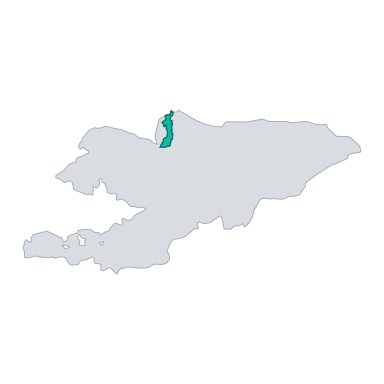 Jayyl, Chuy, Kyrgyzstan shown in context
{"feature_id": "92254566B24091049368111", "entity_name": "Jayyl", "entity_type": "district", "adm_level": 2, "iso_a3": "KGZ", "parent_name": "Kyrgyzstan", "parent_adm1": "Chuy", "projection": "orthographic", "projection_center": [73.886, 42.775], "detail": "fine", "context": "in_parent", "style": "filled", "palette": "teal", "viewbox_px": 384, "rotation_deg": 0, "n_neighbors": 0, "source": "geoboundaries", "source_scale": "gbopen_adm2", "svg_char_len": 6712}
<svg xmlns="http://www.w3.org/2000/svg" viewBox="0 0 384 384"><path d="M77.7,230.9L78.8,230.2L82.0,229.7L88.6,229.3L90.8,229.8L95.2,232.6L98.6,232.4L99.3,232.8L100.5,235.1L105.3,231.9L108.8,231.0L110.6,227.6L114.4,223.7L117.6,223.2L117.6,223.8L118.2,224.4L121.4,225.4L122.4,224.4L122.9,222.9L121.8,220.6L121.8,219.6L122.9,218.2L128.0,220.5L129.1,220.5L131.5,219.3L133.6,217.1L134.4,215.5L145.0,210.0L145.7,209.0L145.6,208.3L141.2,207.0L139.2,207.7L137.4,207.7L136.3,206.8L131.0,206.5L129.8,205.9L126.4,201.8L122.0,199.2L119.9,199.3L117.4,200.3L116.6,199.8L116.5,196.1L116.0,193.8L114.5,193.3L112.6,194.1L107.3,192.8L106.7,188.0L104.8,183.8L102.1,182.1L102.0,179.6L101.1,178.5L100.2,178.7L99.1,180.0L99.6,182.8L99.1,185.5L98.4,186.9L97.2,187.9L95.8,187.9L93.4,186.4L92.8,194.8L92.3,195.3L89.4,194.0L87.1,194.4L83.7,193.8L81.1,192.3L76.1,190.6L73.8,189.0L72.5,183.3L71.2,181.2L69.9,180.8L64.5,182.5L59.1,178.8L56.4,178.0L55.7,176.9L55.9,175.7L64.5,169.8L67.9,165.6L70.1,163.8L75.4,162.1L76.7,158.2L77.1,157.8L82.5,156.0L88.5,152.8L88.7,151.8L88.1,151.0L82.9,147.6L80.2,149.0L78.6,147.1L78.7,145.2L80.6,142.0L82.1,140.5L82.8,137.4L85.0,135.4L87.4,132.1L90.1,129.5L95.1,127.7L97.9,128.4L100.5,128.0L104.5,126.5L107.0,126.4L117.2,129.1L120.6,129.3L128.6,132.7L134.8,134.4L137.9,137.6L147.9,139.1L150.7,140.1L151.7,141.6L154.6,143.5L157.0,144.0L154.9,136.4L155.8,132.0L159.0,119.8L160.7,117.9L168.8,114.5L170.7,112.0L176.6,112.0L177.8,111.5L178.4,110.1L196.6,120.6L203.5,123.6L213.1,126.2L221.2,126.9L222.5,126.2L225.6,122.0L227.2,121.8L247.1,122.0L261.3,119.3L263.4,119.3L268.8,121.5L285.7,121.5L292.4,122.7L302.9,121.6L307.3,121.6L315.4,124.2L318.3,124.6L323.5,124.8L325.4,124.2L326.6,124.8L328.0,128.5L333.2,133.0L335.2,135.5L337.1,136.4L346.6,136.6L350.2,137.3L359.5,145.8L361.0,151.0L360.1,152.2L351.0,153.6L348.9,154.5L347.0,158.6L334.8,164.2L333.0,164.3L316.8,174.3L305.7,182.7L305.3,186.4L298.9,195.1L293.9,196.3L289.5,196.4L282.5,199.2L273.3,198.7L270.2,199.0L264.1,198.1L261.7,198.8L259.2,200.6L255.9,207.4L254.5,209.0L253.9,210.5L253.4,213.8L252.2,217.3L249.3,222.6L246.8,225.1L244.4,226.7L242.4,223.6L239.3,225.9L236.4,225.5L234.6,226.2L230.6,229.1L224.5,229.1L223.8,228.2L222.5,220.6L221.4,217.0L220.5,216.2L219.4,216.1L210.8,222.3L206.8,223.4L203.5,223.6L199.2,221.9L198.3,222.3L197.5,223.3L197.2,224.6L198.5,228.0L198.2,228.6L196.2,228.6L193.5,229.4L185.2,236.5L180.0,238.4L175.0,239.1L172.1,240.4L170.5,243.0L167.2,250.3L167.4,251.8L168.7,253.8L169.7,258.2L169.5,259.3L166.8,263.0L163.5,264.1L160.8,264.6L155.8,264.1L153.1,264.8L148.3,267.6L144.3,268.0L136.9,268.0L129.6,266.9L127.2,267.2L120.6,268.7L118.4,271.3L117.2,273.6L116.5,273.9L114.0,271.7L110.7,267.9L109.1,267.9L103.2,270.9L102.3,270.7L100.7,269.5L101.0,264.8L99.2,263.8L95.2,263.4L93.9,262.3L94.4,259.3L94.0,258.1L93.0,257.2L90.9,257.4L86.7,259.8L81.8,260.5L80.1,261.3L78.1,264.6L71.6,265.0L69.6,264.2L65.9,257.9L62.5,256.8L59.1,256.9L54.4,258.3L53.4,257.0L52.2,256.5L51.1,257.6L45.4,257.5L39.6,257.1L36.4,256.2L34.2,256.1L29.9,257.6L24.7,257.6L24.4,251.8L23.0,247.9L24.9,241.6L25.9,239.6L29.7,242.2L31.1,241.8L31.5,240.6L31.1,237.7L33.1,234.7L46.9,231.1L61.7,238.0L63.5,242.1L64.8,242.0L67.0,240.2L67.8,236.8L70.8,235.0L77.3,232.9L77.7,230.9ZM85.0,245.2L85.3,244.6L84.3,241.6L85.9,238.9L82.9,238.3L81.3,237.5L79.7,234.6L79.1,234.4L78.2,235.2L77.6,237.0L78.0,239.0L80.1,241.0L79.0,244.9L83.5,245.5L85.0,245.2ZM69.2,247.4L69.1,246.6L68.0,246.1L62.4,244.8L62.6,245.6L64.7,248.6L66.3,248.9L69.2,247.4ZM103.0,243.4L103.4,241.5L100.0,242.5L99.6,243.5L100.7,244.7L102.1,245.1L103.0,243.4Z" fill="#d9dde1" stroke="#a8b0b8" stroke-width="1"/><path d="M169.9,146.0L169.9,145.7L169.8,145.4L169.6,145.0L169.6,144.8L169.8,144.5L170.0,144.3L170.2,144.2L170.3,143.9L170.3,143.7L170.2,143.4L170.1,143.1L170.2,142.9L170.3,142.7L170.6,142.4L170.9,142.2L170.9,141.9L170.9,141.6L170.8,141.2L170.9,140.6L170.9,140.4L170.8,140.1L170.8,139.8L171.1,139.7L171.4,139.8L171.7,139.7L171.9,139.5L172.2,139.2L172.2,138.9L172.3,138.5L172.4,137.8L172.4,137.4L172.5,136.8L172.5,136.0L172.6,135.3L172.6,135.1L172.7,134.6L172.8,134.3L172.9,134.1L172.8,133.9L172.6,133.7L172.4,133.5L172.0,133.4L171.9,133.0L171.9,132.6L171.7,131.9L171.6,131.6L171.4,131.1L171.3,130.9L171.1,130.7L171.0,130.2L171.3,130.0L171.6,130.1L171.7,130.4L171.9,130.7L172.1,130.8L172.2,130.7L172.1,130.4L172.0,130.2L171.9,129.7L171.8,129.1L171.8,128.6L171.9,128.3L171.8,128.0L171.6,127.8L171.6,127.7L171.5,127.3L171.5,127.1L171.5,126.7L171.6,126.4L171.6,126.2L171.8,125.7L171.7,125.4L171.7,125.1L171.8,124.9L172.0,125.0L172.0,124.6L172.3,124.5L172.3,124.1L172.3,123.9L172.2,123.8L172.3,123.7L172.3,123.4L172.3,123.2L172.3,122.8L172.3,122.6L171.9,122.3L171.6,122.2L171.6,121.7L171.8,121.4L171.8,121.2L172.1,120.9L171.7,120.7L171.1,120.5L170.5,120.3L170.5,120.2L170.1,119.9L170.0,119.5L170.1,119.2L170.2,118.9L170.3,118.7L170.4,118.3L170.5,118.0L170.6,117.5L170.6,117.2L170.8,116.7L171.0,116.3L171.1,116.1L171.4,115.7L171.6,115.7L172.4,115.5L172.5,115.3L172.6,115.0L172.7,114.7L172.8,114.1L172.9,113.7L173.0,113.1L173.1,112.9L173.2,112.6L173.1,112.4L172.9,112.3L172.8,112.2L172.7,112.0L172.2,111.6L171.8,111.3L171.7,111.2L171.3,110.8L171.1,111.1L170.8,111.4L171.1,111.8L171.0,112.5L170.8,112.8L170.5,113.5L170.3,113.9L170.1,114.2L169.9,114.5L169.6,114.9L169.4,115.0L169.2,115.1L168.9,115.1L168.5,115.1L167.8,114.8L167.4,114.7L167.2,114.8L166.9,114.9L166.5,115.3L166.1,115.4L165.3,115.6L165.1,115.7L165.7,116.4L165.9,116.7L165.9,117.1L165.8,117.4L165.6,117.8L165.5,118.1L165.6,118.3L165.7,118.7L165.7,119.1L165.8,119.6L165.6,119.9L165.2,120.1L164.6,120.6L164.1,120.9L163.7,121.2L163.2,121.6L162.5,121.9L162.2,122.2L162.3,122.5L162.4,122.9L162.7,123.4L163.0,123.5L163.5,123.9L163.6,124.2L163.6,124.5L163.7,124.8L163.9,125.1L164.0,125.4L164.0,125.8L163.9,126.1L163.9,126.4L164.1,126.6L164.3,126.6L164.5,126.5L164.6,126.2L164.8,125.9L165.1,125.9L165.4,125.7L165.5,125.5L165.7,125.2L165.9,125.1L166.1,125.5L166.3,126.2L166.4,126.8L166.4,127.1L166.4,127.5L166.3,127.9L166.3,128.4L166.5,128.9L166.7,129.5L167.0,129.8L167.1,130.2L167.2,130.6L167.3,131.1L167.5,131.7L167.6,132.2L167.5,132.6L167.4,133.1L167.3,133.4L167.4,133.8L167.5,134.1L167.5,134.7L167.4,135.2L167.1,135.6L166.9,135.9L166.7,136.2L166.6,136.7L166.5,137.1L166.3,137.5L166.0,137.9L165.6,138.0L165.2,137.9L164.9,138.0L164.2,138.4L163.8,138.8L163.5,139.3L163.4,140.0L163.3,140.4L163.2,141.0L163.3,141.7L163.2,142.1L162.9,142.5L162.2,142.6L162.1,143.5L161.9,144.0L161.3,144.6L160.9,145.3L160.8,145.7L160.8,146.4L160.7,146.9L160.5,147.1L161.8,147.1L163.1,147.2L163.9,147.3L164.4,147.3L164.8,147.1L165.3,146.9L165.9,146.8L167.0,146.6L167.6,146.5L168.1,146.2L168.7,146.0L169.4,146.0L169.9,146.0Z" fill="#14b8a6" stroke="#0f766e" stroke-width="1.5"/></svg>